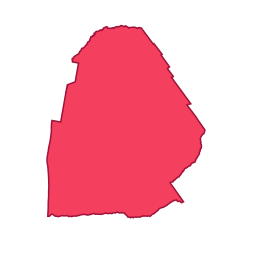 Coronel Dorrego, Buenos Aires, Argentina (Equal Earth projection), rotated 100°
{"feature_id": "61730980B45625196067006", "entity_name": "Coronel Dorrego", "entity_type": "district", "adm_level": 2, "iso_a3": "ARG", "parent_name": "Argentina", "parent_adm1": "Buenos Aires", "projection": "equal_earth", "projection_center": [-60.836, -38.64], "detail": "fine", "context": "isolated", "style": "filled", "palette": "rose", "viewbox_px": 256, "rotation_deg": 100, "n_neighbors": 0, "source": "geoboundaries", "source_scale": "gbopen_adm2", "svg_char_len": 5662}
<svg xmlns="http://www.w3.org/2000/svg" viewBox="0 0 256 256"><g transform="rotate(100 128 128)"><path d="M191.0,60.5L174.6,77.1L174.3,76.7L173.8,76.1L173.6,75.4L173.2,74.9L173.2,74.5L173.1,74.2L171.8,74.1L171.4,73.2L171.0,72.8L170.5,72.7L169.2,71.6L168.9,71.5L168.3,70.7L167.7,70.4L167.2,69.2L166.1,69.0L165.7,68.7L165.3,68.5L165.1,68.1L164.5,67.7L163.6,68.0L162.6,67.1L162.2,66.6L161.4,66.6L160.8,66.0L160.3,66.3L159.8,65.5L158.8,65.3L157.9,64.8L157.4,63.8L157.1,63.8L156.5,62.8L156.1,62.6L154.7,61.1L154.6,60.5L153.9,59.9L152.2,59.5L151.7,59.1L151.2,58.2L150.7,58.1L150.6,57.4L150.0,56.3L149.4,56.0L147.7,55.7L147.6,55.8L146.7,55.7L146.5,55.3L145.8,55.1L144.4,54.5L143.8,54.5L143.3,54.1L142.6,53.9L141.3,53.3L140.6,53.2L140.1,53.4L139.6,53.5L138.6,53.1L137.3,52.9L135.8,53.1L135.3,52.4L133.7,52.4L132.4,52.7L131.5,53.0L130.6,53.8L129.8,53.6L129.6,53.6L129.3,53.7L129.1,54.0L127.8,54.4L126.9,54.4L126.3,54.9L125.6,55.0L125.1,54.8L124.6,54.8L124.4,54.6L123.5,54.4L122.9,54.2L122.6,53.8L121.7,53.8L120.2,52.1L119.5,52.3L118.1,52.0L117.3,51.8L116.6,51.9L107.3,61.2L106.3,61.9L95.1,73.9L93.8,72.0L93.6,70.7L93.3,70.3L70.7,93.9L70.6,93.6L70.0,92.8L69.4,92.3L64.9,97.1L62.6,99.5L60.6,97.7L50.5,108.1L49.6,107.1L40.4,117.1L41.0,117.7L27.1,132.4L27.3,133.2L27.2,133.8L27.3,134.0L27.1,134.4L27.3,134.9L28.3,135.8L28.2,136.3L27.8,136.7L28.0,137.1L28.0,137.5L27.8,137.9L27.6,138.8L27.5,139.3L27.9,139.8L27.8,140.3L27.8,140.6L28.3,141.7L28.4,142.8L28.8,143.6L29.2,144.1L29.4,144.4L29.4,144.6L29.2,144.7L29.3,144.8L29.1,145.0L28.9,145.6L28.6,145.8L28.5,146.5L27.8,147.9L27.8,148.1L28.0,148.2L28.1,148.6L28.5,148.6L28.6,148.8L28.9,149.7L28.7,150.3L28.3,151.2L28.3,152.4L28.5,153.0L28.8,153.1L29.2,153.5L29.7,154.4L29.7,154.6L30.0,154.8L30.0,155.3L30.0,155.8L30.1,156.1L30.0,156.4L30.3,156.7L30.3,156.9L30.8,158.1L30.9,158.3L31.8,158.5L32.0,158.6L32.2,159.1L32.3,159.3L31.8,159.8L31.8,160.0L32.2,161.1L32.7,161.3L32.8,161.5L32.8,162.7L33.2,164.4L33.3,164.6L33.3,164.8L32.9,165.5L32.1,165.8L32.1,166.4L32.1,167.0L32.5,167.4L32.8,167.5L33.0,167.9L33.0,168.5L33.5,169.2L33.9,169.3L34.3,169.6L35.2,169.6L35.4,169.9L35.4,170.2L35.6,170.7L35.9,170.9L36.4,170.7L36.5,170.8L36.5,171.2L36.3,172.3L36.4,172.5L36.9,173.1L37.5,173.4L37.9,174.1L38.0,174.7L38.2,174.9L38.4,175.4L38.3,175.5L38.3,175.8L38.6,176.1L39.2,176.7L40.1,176.5L40.4,176.8L40.4,177.7L41.2,177.9L41.3,177.4L41.6,177.0L41.9,177.0L42.8,177.5L43.0,178.1L43.3,178.2L43.2,178.8L43.6,178.7L44.0,178.9L44.0,179.1L44.5,179.3L44.5,179.5L44.3,180.0L44.5,180.3L45.4,180.5L46.5,180.6L46.8,180.8L47.1,180.7L47.6,180.9L48.5,180.8L48.7,181.0L49.0,181.0L49.2,181.3L49.6,181.4L49.6,181.6L49.7,181.9L49.8,182.0L50.4,182.5L50.9,182.8L51.4,182.8L52.1,182.5L52.8,183.3L53.6,183.5L54.0,184.1L54.9,184.3L56.2,185.2L56.3,185.4L56.9,185.8L57.6,187.3L58.1,187.5L58.8,187.4L59.0,187.6L59.6,187.9L60.0,187.8L61.0,188.8L61.7,189.1L62.4,188.9L62.7,189.0L64.1,190.0L64.4,190.7L66.0,192.2L66.7,193.1L67.9,193.9L68.3,193.9L68.7,194.1L69.2,194.8L69.5,195.0L70.6,194.9L71.1,194.3L71.8,194.2L72.3,194.3L72.6,194.1L72.6,188.0L91.7,188.0L96.0,195.2L96.5,194.9L96.9,195.2L97.7,195.0L98.1,195.3L98.7,194.9L99.1,195.2L99.8,195.4L100.5,195.3L101.5,195.3L102.2,195.0L102.6,195.3L103.6,195.6L104.1,195.3L133.8,195.3L133.8,204.2L135.5,204.1L136.7,204.1L140.0,203.7L141.1,203.5L145.2,202.8L147.6,202.7L153.8,202.4L161.4,202.7L165.2,202.5L166.7,202.6L168.7,202.5L171.0,202.5L172.5,202.4L176.0,201.7L177.3,201.2L179.1,200.5L183.0,199.4L184.9,199.0L186.1,198.6L191.9,197.3L199.1,195.8L204.0,195.2L209.0,194.3L214.7,193.7L221.2,192.6L223.8,192.3L226.9,191.9L228.9,191.7L228.9,191.0L228.6,190.1L226.5,188.6L226.1,187.9L226.0,187.3L226.1,187.1L227.0,185.5L227.5,184.1L227.3,183.0L227.4,181.5L227.4,181.1L226.9,180.5L226.7,179.7L226.0,178.5L226.0,178.0L225.7,177.3L225.6,176.6L225.7,175.9L225.5,175.3L225.3,173.9L225.0,173.3L224.9,172.7L225.0,172.2L225.5,171.3L225.2,170.3L225.0,170.1L225.0,168.0L224.2,166.4L223.9,165.2L223.9,163.8L223.4,163.1L223.3,162.6L222.7,162.0L222.8,161.2L222.7,161.0L222.1,160.4L221.9,159.9L221.7,159.1L221.1,157.7L221.0,157.2L220.7,156.6L220.7,154.8L220.5,153.9L220.8,152.9L220.8,152.6L220.3,151.4L219.6,150.4L219.8,150.0L219.7,149.7L219.2,149.1L218.7,148.0L218.1,146.9L218.2,146.2L218.6,145.7L218.6,145.3L218.3,144.2L218.3,143.8L218.1,142.7L218.1,142.2L217.8,141.0L217.7,140.4L217.8,139.7L217.7,139.3L217.1,138.2L216.9,137.4L216.4,136.8L216.0,136.4L216.1,135.7L215.8,135.0L215.7,134.2L215.8,132.6L215.5,132.1L215.3,131.3L215.0,130.6L215.2,129.6L215.0,129.0L214.8,128.5L214.0,127.8L213.8,127.1L213.9,126.5L213.9,125.6L213.2,125.1L213.2,124.6L212.8,124.1L212.7,123.6L212.8,122.8L213.1,122.4L213.2,122.0L212.8,120.4L212.7,120.0L212.5,119.9L212.7,119.2L212.4,118.1L212.4,116.5L213.0,116.4L214.4,114.0L215.7,112.8L215.6,112.0L215.7,111.7L215.7,111.0L215.7,110.7L215.6,110.4L215.9,110.0L215.5,109.7L215.1,108.8L215.2,108.3L215.5,107.6L215.5,107.3L215.2,106.9L214.6,106.4L214.5,106.1L214.4,105.3L214.5,104.8L214.1,103.5L214.1,103.0L213.6,101.9L213.8,101.1L213.7,100.8L213.4,100.3L213.3,100.0L212.5,99.0L212.2,98.5L212.3,98.0L211.9,97.7L211.9,96.5L211.6,96.0L211.7,95.5L211.5,94.6L211.6,93.6L211.0,93.0L210.9,92.6L211.0,92.0L211.3,91.5L211.3,91.3L210.4,90.2L209.8,89.8L208.9,89.3L208.2,88.0L207.8,87.5L206.0,86.1L205.3,85.4L204.3,84.6L203.8,84.1L202.6,83.6L201.6,82.7L200.5,80.9L200.1,79.7L199.2,78.6L198.4,77.5L197.6,76.9L197.4,76.6L197.3,76.2L195.7,75.0L195.2,74.2L193.9,73.2L193.4,72.5L192.3,71.1L191.4,70.3L191.3,70.0L191.3,69.5L191.2,69.2L190.7,68.6L190.4,68.0L190.4,67.7L191.1,67.2L191.6,66.1L191.7,65.8L191.1,64.2L191.5,63.5L192.2,62.7L192.3,62.4L192.1,61.8L191.7,61.5L191.0,60.5Z" fill="#f43f5e" stroke="#9f1239" stroke-width="1.5"/></g></svg>